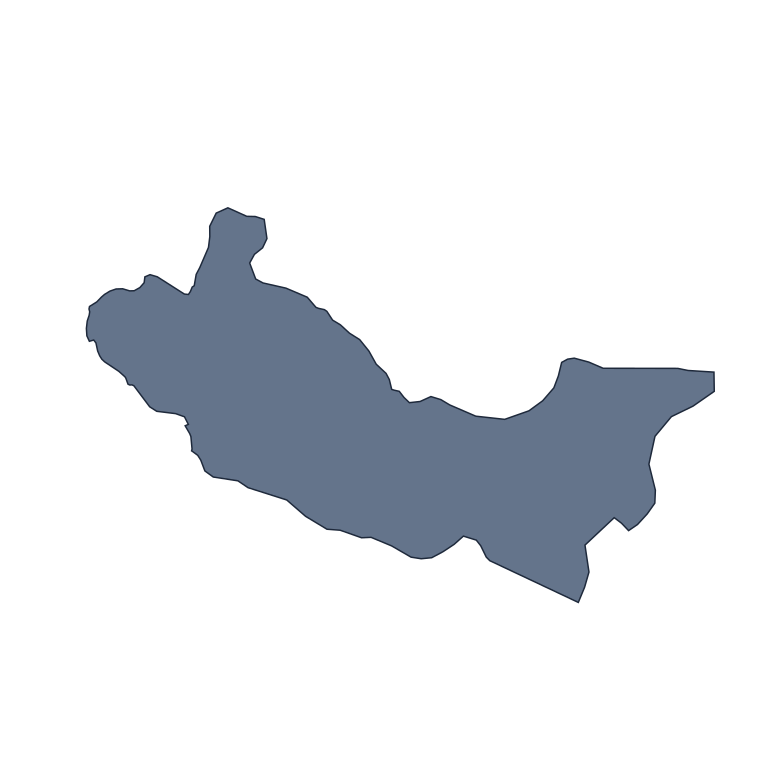 Elazig, Robinson projection, rotated 27°
{"feature_id": "TUR-2282", "entity_name": "Elazig", "entity_type": "Province", "adm_level": 1, "iso_a3": "TUR", "parent_name": "Turkey", "parent_adm1": "", "projection": "robinson", "projection_center": [39.185, 38.778], "detail": "fine", "context": "isolated", "style": "filled", "palette": "slate", "viewbox_px": 768, "rotation_deg": 27, "n_neighbors": 0, "source": "natural_earth", "source_scale": "10m", "svg_char_len": 1863}
<svg xmlns="http://www.w3.org/2000/svg" viewBox="0 0 768 768"><g transform="rotate(27 384 384)"><path d="M452.1,372.8L480.4,371.0L507.6,360.7L525.3,342.1L533.0,326.9L537.1,310.3L535.7,297.7L532.5,284.1L536.3,278.5L541.8,274.6L556.5,271.5L572.1,270.5L638.7,236.7L648.8,233.9L672.6,223.6L681.6,240.6L669.4,263.4L654.9,282.6L649.2,307.6L656.4,335.1L674.0,355.4L679.4,367.2L677.5,380.3L673.7,394.0L668.5,403.6L658.8,400.2L649.8,398.6L636.2,436.3L652.0,458.5L655.0,474.0L656.3,490.4L558.5,493.4L553.7,491.8L543.6,484.2L537.1,481.2L523.8,483.5L519.3,495.0L512.8,506.5L505.4,517.1L496.5,522.8L486.7,526.0L464.2,524.8L442.1,526.5L433.8,531.2L411.3,534.2L399.1,539.3L374.2,537.5L350.0,531.5L309.9,538.1L297.8,536.6L274.1,544.4L263.9,542.8L255.3,535.0L250.4,532.1L242.9,530.9L242.5,529.1L235.8,518.5L233.4,516.4L225.8,511.5L228.0,508.8L221.1,503.8L211.8,505.0L193.9,511.5L185.6,510.7L161.9,499.1L159.8,499.2L158.0,500.3L156.0,500.4L151.3,496.0L149.9,495.2L142.0,493.1L125.1,491.1L121.3,490.0L117.8,487.9L113.9,484.6L108.7,478.2L105.4,476.6L102.1,479.7L97.4,476.0L93.6,469.6L91.0,462.6L90.1,456.6L89.0,453.3L87.1,451.1L86.4,448.6L90.8,441.3L92.8,434.8L94.3,431.1L97.6,425.7L102.1,421.0L107.9,417.8L115.1,416.5L119.1,414.3L122.7,408.9L124.3,402.6L122.3,397.1L125.9,392.8L133.3,391.4L165.3,394.5L169.1,393.0L169.5,389.4L169.1,384.7L170.3,382.6L166.9,371.6L167.0,363.9L165.6,342.0L161.9,331.8L157.1,322.6L156.9,307.9L164.9,297.9L185.6,296.9L193.3,293.2L202.5,291.7L213.7,307.6L214.0,317.8L209.7,327.3L209.4,337.2L222.0,348.7L230.3,348.9L253.1,343.1L276.2,341.5L288.6,346.6L291.4,346.3L297.1,344.8L300.1,345.2L309.2,350.4L318.4,351.1L330.2,354.4L342.2,355.5L355.6,361.5L368.1,369.9L381.0,373.6L386.7,377.6L393.3,385.3L395.8,384.9L400.9,383.6L407.9,386.9L415.1,389.1L424.1,383.2L431.5,373.9L441.7,372.1L452.1,372.8Z" fill="#64748b" stroke="#1e293b" stroke-width="1.5"/></g></svg>